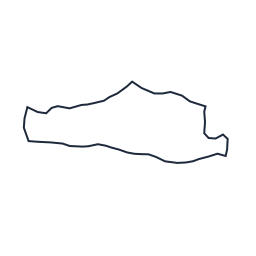 outline of Lythragkomi, Cyprus, rotated 113°
{"feature_id": "46923920B82296583493570", "entity_name": "Lythragkomi", "entity_type": "district", "adm_level": 2, "iso_a3": "CYP", "parent_name": "Cyprus", "parent_adm1": "", "projection": "equal_earth", "projection_center": [34.175, 35.467], "detail": "fine", "context": "isolated", "style": "outline", "palette": "slate", "viewbox_px": 256, "rotation_deg": 113, "n_neighbors": 0, "source": "geoboundaries", "source_scale": "gbopen_adm2", "svg_char_len": 836}
<svg xmlns="http://www.w3.org/2000/svg" viewBox="0 0 256 256"><g transform="rotate(113 128 128)"><path d="M115.6,27.2L109.0,28.4L99.1,32.0L96.9,38.0L103.5,43.3L105.7,49.9L103.0,55.8L92.5,59.4L83.2,64.2L77.8,65.1L78.8,75.5L79.3,81.5L77.1,91.0L78.2,102.9L82.6,109.5L85.9,117.2L85.9,123.2L85.9,131.0L83.7,142.3L90.3,145.3L100.2,151.2L106.8,157.2L112.3,160.8L118.4,169.1L122.2,174.5L125.0,179.9L132.7,189.4L135.4,201.3L139.3,206.1L146.4,209.1L148.6,217.4L148.1,228.8L159.6,227.0L168.4,224.0L178.9,214.4L176.7,207.9L173.9,200.1L171.7,194.2L167.9,182.2L167.3,174.5L162.9,162.6L160.2,157.2L154.7,149.4L153.0,141.7L152.5,135.7L151.4,128.0L150.8,119.0L149.2,111.9L147.0,105.9L144.2,98.8L143.7,91.0L144.2,80.9L140.9,69.0L137.1,61.2L133.2,55.2L128.8,50.5L122.8,42.7L116.7,35.6L115.6,27.2Z" fill="none" stroke="#1e293b" stroke-width="2"/></g></svg>